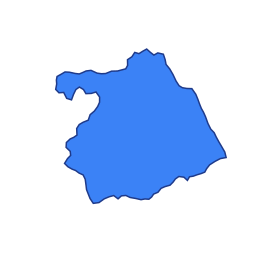 Vermelho Novo, Minas Gerais, Brazil (Robinson projection), rotated 321°
{"feature_id": "56859067B8228398709710", "entity_name": "Vermelho Novo", "entity_type": "district", "adm_level": 2, "iso_a3": "BRA", "parent_name": "Brazil", "parent_adm1": "Minas Gerais", "projection": "robinson", "projection_center": [-42.258, -20.028], "detail": "fine", "context": "isolated", "style": "filled", "palette": "blue", "viewbox_px": 256, "rotation_deg": 321, "n_neighbors": 0, "source": "geoboundaries", "source_scale": "gbopen_adm2", "svg_char_len": 1594}
<svg xmlns="http://www.w3.org/2000/svg" viewBox="0 0 256 256"><g transform="rotate(321 128 128)"><path d="M185.7,212.7L188.1,207.6L189.2,200.6L189.9,195.8L190.9,190.4L192.0,185.9L191.6,181.0L193.0,174.7L195.3,168.1L196.6,163.2L197.3,159.0L198.6,154.7L200.3,149.8L201.9,144.5L202.4,137.6L198.6,134.3L195.6,130.9L194.3,127.3L194.9,121.7L196.6,114.8L197.6,108.4L197.6,102.5L199.9,98.2L201.9,92.9L198.4,88.4L194.0,87.6L193.0,83.3L192.2,78.4L187.6,77.6L183.3,77.1L180.8,73.5L175.9,75.1L170.6,74.6L167.1,79.1L163.5,80.6L159.7,78.9L155.7,77.1L151.0,73.5L144.9,71.6L141.5,69.1L138.5,65.9L135.5,59.9L131.3,57.3L127.4,56.3L124.1,55.3L121.2,52.3L117.6,47.8L114.3,44.8L110.3,44.2L105.3,43.3L102.5,45.7L100.3,48.9L96.1,52.5L96.5,57.2L100.4,59.9L99.0,66.4L101.8,70.6L106.8,67.6L111.7,65.3L116.0,65.6L117.6,70.1L116.9,74.8L121.2,78.0L125.8,79.9L125.4,86.1L122.1,90.1L118.0,92.2L112.5,93.7L107.0,93.8L102.0,96.9L96.8,95.3L92.3,94.6L87.8,96.1L83.9,101.4L79.9,101.1L76.2,100.1L71.0,100.5L67.7,104.1L68.4,109.8L66.2,113.2L61.8,113.7L56.4,115.6L56.9,120.3L58.6,124.7L60.5,128.0L61.6,132.2L63.6,136.2L62.5,140.9L59.4,146.0L57.0,149.8L55.7,153.9L54.1,159.0L53.6,164.7L58.5,167.7L65.0,168.1L70.1,169.6L74.4,171.5L75.7,176.8L80.2,176.6L83.9,179.1L85.9,183.3L89.8,187.8L93.0,191.9L96.5,193.8L99.4,196.5L102.9,196.5L106.3,195.5L110.9,196.8L115.7,195.7L119.8,196.8L124.7,198.9L129.1,198.4L132.8,197.4L137.0,197.7L140.5,201.4L141.2,206.1L145.1,204.6L148.4,206.5L152.2,207.8L156.3,209.5L159.9,210.6L163.5,209.1L168.2,208.0L174.6,208.7L180.5,209.9L185.7,212.7Z" fill="#3b82f6" stroke="#1e3a8a" stroke-width="1.5"/></g></svg>